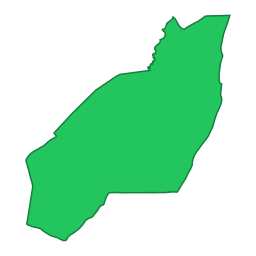 the district of Jangamo, Inhambane, Mozambique
{"feature_id": "85939544B63223307878319", "entity_name": "Jangamo", "entity_type": "district", "adm_level": 2, "iso_a3": "MOZ", "parent_name": "Mozambique", "parent_adm1": "Inhambane", "projection": "equal_earth", "projection_center": [35.229, -24.157], "detail": "fine", "context": "isolated", "style": "filled", "palette": "green", "viewbox_px": 256, "rotation_deg": 0, "n_neighbors": 0, "source": "geoboundaries", "source_scale": "gbopen_adm2", "svg_char_len": 5640}
<svg xmlns="http://www.w3.org/2000/svg" viewBox="0 0 256 256"><path d="M172.9,17.0L172.9,17.4L172.9,18.1L172.8,18.7L171.9,19.2L171.6,19.6L167.5,22.8L166.9,23.6L166.5,24.4L165.9,26.1L165.8,27.0L165.4,27.8L164.8,28.6L164.0,29.0L162.4,29.4L162.4,29.8L162.5,30.2L162.8,30.3L163.0,30.6L163.3,30.8L163.6,31.2L163.8,31.3L164.2,31.7L164.5,31.9L165.3,32.9L165.4,34.4L164.9,35.9L164.6,36.8L163.7,38.1L162.4,38.9L161.6,39.2L160.2,39.6L160.0,39.8L160.3,40.6L160.3,41.2L159.9,42.6L159.2,43.4L158.4,44.1L157.4,44.6L156.7,45.1L156.2,45.8L155.8,46.5L155.4,46.8L154.7,47.8L154.6,48.8L154.9,49.5L155.5,50.0L155.9,50.7L155.8,51.4L155.5,51.9L155.3,52.6L155.4,53.3L155.2,53.7L154.6,53.8L154.1,53.6L153.6,53.8L152.7,54.4L152.6,55.0L153.0,55.5L153.4,55.9L153.5,56.4L153.2,56.7L153.2,57.5L153.4,57.9L154.5,58.0L154.8,58.4L154.7,58.8L154.4,58.9L154.3,59.2L154.4,59.8L154.7,60.1L154.6,60.7L154.3,60.9L153.9,61.0L153.6,61.3L153.4,61.5L152.9,61.1L152.6,61.3L152.9,62.5L152.9,63.1L152.9,63.4L152.6,64.0L152.4,64.3L152.0,64.3L151.9,64.1L151.9,63.8L151.8,63.6L151.5,63.5L151.1,63.7L150.8,64.1L150.8,64.6L150.6,64.9L150.1,65.2L149.9,65.7L149.9,65.8L150.2,66.8L150.2,67.5L150.1,67.8L149.6,68.1L149.1,67.8L148.5,67.0L148.1,66.9L148.0,67.1L148.0,67.4L148.0,67.9L148.2,68.6L148.6,68.8L148.9,69.6L149.6,70.1L149.8,70.4L133.5,72.6L120.3,74.4L119.3,74.7L119.1,74.9L118.5,75.1L116.1,76.4L96.0,90.0L72.9,112.7L54.0,133.0L54.9,134.5L55.4,135.0L56.1,135.5L56.3,135.9L56.3,136.3L56.1,136.9L55.5,137.2L55.2,137.4L54.0,138.0L53.5,138.4L52.0,139.0L51.7,139.3L51.1,139.5L50.4,140.1L50.1,140.3L49.5,140.7L49.3,140.9L49.0,141.2L48.4,141.6L48.2,141.9L47.9,142.0L47.3,142.6L46.9,142.9L46.6,143.1L46.3,143.5L46.0,143.7L45.7,144.0L45.1,144.5L44.9,144.8L43.8,145.6L43.6,145.9L39.9,147.9L39.1,148.5L37.9,149.1L37.3,149.5L36.2,150.0L35.8,150.3L35.6,150.3L35.0,150.6L33.1,151.9L32.3,152.3L31.7,152.8L31.4,153.1L30.4,153.9L30.3,154.2L29.9,154.6L29.2,155.2L28.8,155.8L28.5,156.0L28.1,156.6L27.9,156.8L27.8,157.2L27.4,157.4L27.3,157.8L27.1,158.1L26.8,158.4L26.3,159.5L26.1,160.2L26.1,161.0L26.2,161.3L26.2,161.7L26.5,162.8L27.1,164.4L27.4,165.5L27.4,165.8L27.8,167.3L28.7,170.2L29.2,172.3L29.3,172.9L29.5,173.5L29.5,173.8L29.7,174.6L30.7,178.0L30.7,178.4L30.8,178.8L31.1,179.9L31.4,180.6L32.2,183.1L32.3,183.9L32.7,185.6L32.8,186.3L27.1,222.6L26.8,222.9L26.7,223.5L26.9,224.3L28.2,225.1L33.7,227.0L34.3,227.2L34.7,227.2L35.3,227.3L35.6,227.4L36.1,227.4L36.7,227.6L37.0,227.7L37.3,227.7L37.8,227.9L38.1,227.9L38.6,228.2L39.0,228.2L39.3,228.3L39.8,228.4L40.3,228.7L40.6,228.7L40.9,229.0L41.3,229.1L41.9,230.0L42.2,230.1L43.2,230.8L43.5,231.2L44.3,231.6L45.8,232.7L46.6,233.1L47.0,233.4L47.8,233.8L48.1,234.1L48.7,234.3L48.9,234.6L49.5,234.9L49.8,235.1L50.9,235.7L51.2,235.8L51.5,235.8L52.3,236.2L52.6,236.2L53.1,236.5L53.4,236.5L54.0,236.7L54.3,236.7L55.3,237.1L55.6,237.1L56.1,237.3L56.3,237.3L57.8,237.8L58.2,238.1L58.5,238.4L59.1,238.6L59.5,238.9L63.4,240.6L63.7,240.5L65.2,240.5L66.1,240.1L66.5,239.9L66.7,239.5L66.8,239.1L67.0,238.9L67.5,237.8L67.7,237.7L67.8,237.3L68.3,236.8L68.4,236.5L68.8,236.2L69.3,235.7L69.6,235.5L70.0,235.1L70.3,235.0L70.6,234.7L70.9,234.5L71.1,234.2L72.0,233.8L72.3,233.5L73.0,233.3L73.3,233.0L73.6,232.9L73.9,232.6L74.2,232.5L74.5,232.2L74.8,232.1L75.7,231.4L76.0,231.2L77.2,230.1L77.7,229.8L77.9,229.6L78.2,229.4L78.7,229.0L79.0,228.7L79.7,228.0L80.0,227.9L80.4,227.3L80.8,226.7L81.0,226.6L81.2,226.3L82.3,225.3L83.3,223.8L83.5,223.5L84.5,222.2L84.7,221.8L85.1,221.2L85.6,220.6L86.5,219.9L86.8,219.5L87.5,218.9L88.7,218.4L89.0,218.4L89.3,218.3L89.7,218.0L90.2,217.9L90.5,217.6L90.8,217.6L92.0,217.1L92.8,216.3L93.2,215.9L93.4,215.5L93.7,215.2L94.9,213.6L95.2,213.4L95.4,213.0L95.7,212.9L95.8,212.6L97.1,211.0L97.3,210.6L97.6,210.4L98.1,209.2L98.4,209.0L98.5,208.7L98.7,208.4L98.8,208.1L99.4,207.3L99.7,207.1L99.8,206.7L101.5,205.3L102.2,205.1L103.3,204.8L103.6,204.5L103.8,204.1L104.1,203.5L104.6,201.6L104.9,200.7L105.0,200.3L105.5,199.6L105.7,198.8L106.4,196.8L107.3,195.3L107.6,195.0L107.9,194.3L108.2,193.6L109.1,192.9L109.7,192.8L110.0,192.7L118.6,192.5L120.0,192.7L163.8,192.6L165.7,192.5L166.6,192.4L167.4,192.4L168.0,192.3L168.3,192.2L168.9,192.2L169.2,192.1L170.3,192.1L170.6,192.0L171.3,192.0L171.7,191.9L173.6,191.9L175.0,191.9L175.3,192.0L177.1,192.1L177.8,191.2L182.5,183.4L185.9,178.1L186.7,176.2L187.7,173.8L189.2,171.5L190.7,168.6L192.0,165.6L192.3,164.3L192.3,162.1L192.9,159.3L193.6,157.5L193.5,157.4L194.9,154.5L196.8,151.6L201.5,145.1L206.4,138.8L208.0,136.4L208.5,135.8L209.5,133.4L212.7,126.7L214.8,119.3L216.8,113.4L217.0,113.0L220.0,106.4L221.1,103.3L221.7,100.1L221.7,99.0L221.3,96.9L220.7,95.4L220.6,94.4L220.7,92.9L221.0,90.1L221.4,86.1L221.7,84.8L221.7,84.1L221.5,83.7L220.7,83.6L220.3,83.4L219.6,82.3L219.3,81.2L219.1,79.1L219.1,76.4L219.1,73.4L220.3,64.9L220.7,62.4L221.6,59.2L222.6,56.5L222.7,56.0L222.7,55.4L222.1,54.1L221.5,51.9L221.2,51.1L221.0,50.1L221.0,48.6L221.0,46.4L221.8,42.8L222.6,38.5L223.7,33.5L224.9,29.8L227.8,22.1L228.2,20.6L229.1,17.8L229.4,16.5L229.7,15.8L229.9,15.4L206.8,16.0L205.4,16.2L204.8,16.4L204.6,16.7L204.3,16.8L204.1,17.1L202.9,17.9L202.7,18.2L202.2,18.5L201.9,18.8L201.3,19.0L201.1,19.3L200.0,19.9L199.3,20.6L198.8,20.9L198.4,21.2L197.8,21.5L195.8,22.4L194.4,23.2L193.7,23.5L193.4,23.8L191.5,24.7L191.2,25.0L190.9,25.1L190.6,25.4L189.0,26.2L188.8,26.2L188.6,26.5L188.2,26.7L186.8,27.4L185.6,28.4L185.3,28.5L185.0,28.8L184.4,29.1L183.2,29.1L182.7,29.0L181.7,28.3L179.5,26.4L179.3,26.1L179.1,25.5L178.7,25.4L178.4,24.6L178.2,24.4L177.5,23.0L177.0,22.3L176.4,20.9L176.1,20.6L175.8,19.9L175.1,18.9L174.7,18.3L174.1,17.8L173.8,17.7L173.1,17.0L172.9,17.0Z" fill="#22c55e" stroke="#15803d" stroke-width="1.5"/></svg>